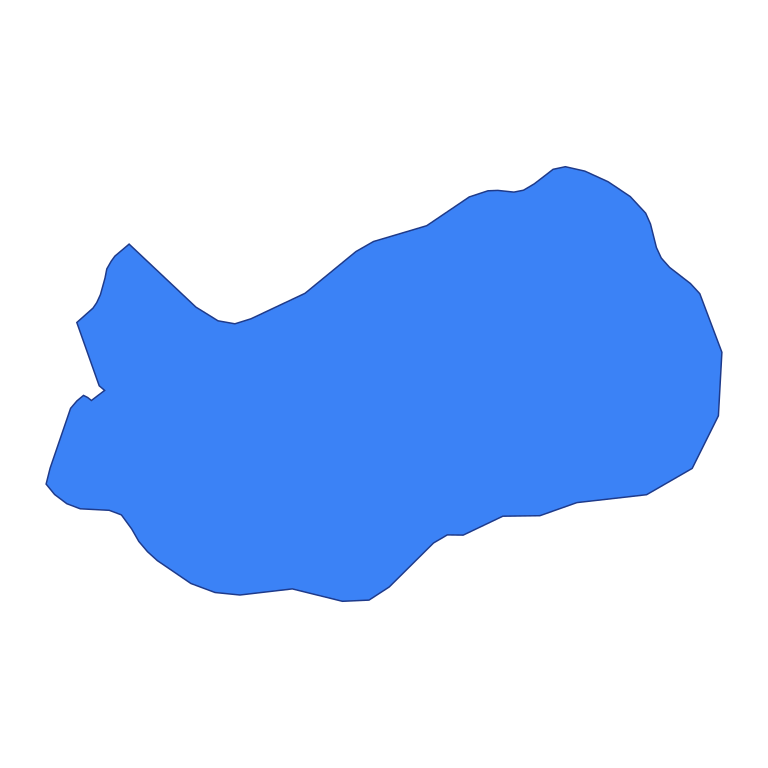 the border of Upper River
{"feature_id": "GMB-2152", "entity_name": "Upper River", "entity_type": "Division", "adm_level": 1, "iso_a3": "GMB", "parent_name": "Gambia", "parent_adm1": "", "projection": "equal_earth", "projection_center": [-14.24, 13.404], "detail": "fine", "context": "isolated", "style": "filled", "palette": "blue", "viewbox_px": 768, "rotation_deg": 0, "n_neighbors": 0, "source": "natural_earth", "source_scale": "10m", "svg_char_len": 994}
<svg xmlns="http://www.w3.org/2000/svg" viewBox="0 0 768 768"><path d="M129.1,244.1L195.9,307.1L218.0,320.8L234.9,323.8L250.9,318.8L305.0,293.3L356.0,251.5L373.5,241.5L426.7,225.7L469.3,196.9L487.9,190.8L497.8,190.4L513.9,192.1L523.5,190.2L534.3,183.8L553.1,169.3L565.4,166.7L584.8,171.1L608.2,181.8L630.3,196.6L645.7,213.2L650.5,224.0L656.4,247.5L661.2,257.9L663.1,260.1L669.6,267.4L690.5,283.6L699.8,293.7L721.9,352.3L718.4,415.8L692.2,468.4L646.6,494.7L576.9,502.6L539.9,515.7L502.8,516.2L463.2,535.1L447.3,534.9L433.5,543.0L389.2,587.0L369.0,600.1L342.4,601.3L292.3,588.9L239.9,595.0L215.0,592.5L190.9,583.5L157.3,560.6L147.5,551.7L138.8,541.4L131.7,529.0L121.4,514.9L109.2,510.3L80.2,508.8L66.8,503.7L54.6,494.5L46.1,484.1L50.1,468.2L70.6,408.3L76.9,400.9L83.5,395.4L87.7,397.5L91.4,400.5L104.6,390.4L99.2,385.8L76.8,322.5L93.0,308.1L96.7,302.7L100.4,294.7L105.0,278.1L106.8,268.9L111.2,261.2L114.9,256.1L129.0,244.2L129.1,244.1Z" fill="#3b82f6" stroke="#1e3a8a" stroke-width="1.5"/></svg>